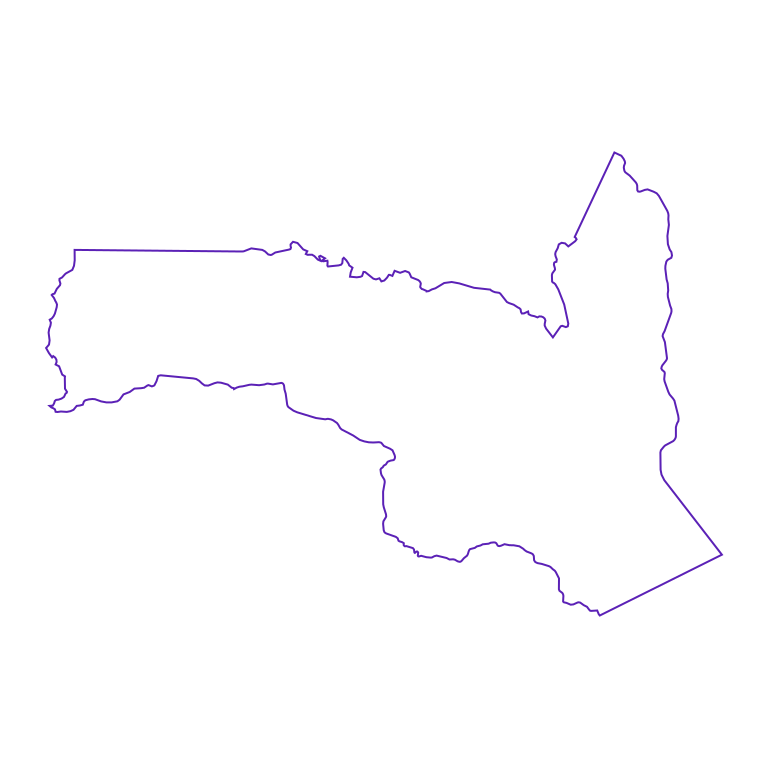 an SVG outline of Sangha
{"feature_id": "COG-2880", "entity_name": "Sangha", "entity_type": "Region", "adm_level": 1, "iso_a3": "COG", "parent_name": "Republic of the Congo", "parent_adm1": "", "projection": "orthographic", "projection_center": [15.265, 1.384], "detail": "fine", "context": "isolated", "style": "outline", "palette": "violet", "viewbox_px": 768, "rotation_deg": 0, "n_neighbors": 0, "source": "natural_earth", "source_scale": "10m", "svg_char_len": 6055}
<svg xmlns="http://www.w3.org/2000/svg" viewBox="0 0 768 768"><path d="M52.1,357.4L48.9,353.0L46.1,348.0L49.0,344.6L49.6,340.4L48.6,332.6L49.2,328.9L50.4,325.7L50.9,322.7L49.7,319.7L51.8,318.5L53.6,316.2L54.9,313.6L56.7,307.2L57.0,304.5L56.2,302.4L55.4,301.1L54.0,298.0L51.7,295.0L52.5,294.2L54.5,293.6L56.8,288.9L60.0,285.2L60.4,283.5L59.4,280.3L59.5,278.8L62.0,277.5L65.1,274.1L66.1,273.3L72.3,269.9L74.0,265.8L74.7,260.3L74.6,249.9L242.2,251.5L243.8,251.3L251.3,248.4L262.3,249.9L265.0,251.4L268.3,254.5L270.8,255.0L271.8,254.7L275.3,252.5L288.9,249.6L290.4,249.1L291.0,247.6L290.6,246.0L290.6,244.4L293.0,241.8L297.5,243.0L303.2,249.4L307.3,251.2L305.8,254.0L307.5,254.8L312.0,254.7L314.4,256.1L317.8,259.6L320.3,260.7L319.1,256.5L320.4,255.8L325.0,258.3L322.6,260.2L321.5,260.7L323.2,261.3L327.4,260.7L327.6,261.9L327.4,265.7L328.0,266.5L338.6,265.4L341.1,264.7L342.3,263.1L342.7,258.9L343.8,257.8L346.3,260.3L348.6,263.7L349.2,265.4L352.5,267.7L350.7,272.5L350.0,276.7L356.8,277.3L360.5,276.8L362.1,276.0L363.5,271.9L365.2,272.1L373.4,278.7L376.0,279.4L379.4,278.3L381.4,281.4L384.3,280.5L387.0,277.7L388.8,274.9L389.8,274.9L392.4,275.9L394.6,270.8L400.1,272.8L405.1,271.0L408.8,272.4L409.6,273.5L411.3,277.3L418.1,280.0L419.4,281.0L420.4,282.4L420.8,283.6L420.2,286.9L420.5,287.6L421.8,289.0L422.7,289.2L426.7,291.0L426.7,291.4L428.7,291.1L431.9,289.4L435.4,288.3L444.2,283.0L451.7,282.0L459.3,283.4L474.0,287.8L490.3,289.6L491.1,290.4L492.9,291.4L495.0,292.2L499.1,292.8L500.3,293.6L506.9,302.0L509.1,303.1L513.7,304.7L517.8,307.4L519.4,308.2L520.6,309.4L521.0,312.0L521.9,313.5L524.0,313.4L528.1,311.5L528.6,314.2L531.2,315.5L534.5,316.2L537.5,317.4L539.3,316.4L541.4,316.5L543.3,317.3L544.7,318.6L545.4,320.5L544.7,323.9L544.7,325.6L546.1,328.6L552.9,337.4L560.7,326.3L562.2,325.8L565.9,327.1L567.8,326.3L568.3,323.6L564.2,304.5L558.3,289.4L555.3,284.2L553.8,282.9L552.7,282.4L552.1,281.5L551.9,275.1L552.3,273.4L555.0,269.7L554.9,268.2L553.9,264.8L554.1,263.0L554.6,262.3L556.4,261.8L556.8,259.4L555.6,256.3L555.2,254.1L555.6,252.1L557.7,248.2L558.8,244.4L561.6,242.8L565.1,243.4L568.3,246.4L575.2,241.2L576.6,239.3L575.7,237.8L574.7,237.0L614.4,152.5L621.4,155.8L623.6,158.8L624.8,161.3L625.1,163.0L624.0,165.9L623.8,167.8L624.4,170.8L625.3,172.3L629.7,175.6L635.9,182.5L636.8,184.1L637.2,185.6L637.3,190.2L638.1,191.5L639.5,191.7L640.6,191.5L644.8,189.9L647.6,189.4L653.6,191.7L656.7,193.3L658.9,195.9L667.3,210.9L668.2,213.3L668.5,215.3L668.3,219.4L668.9,224.9L667.4,236.0L667.9,244.2L669.7,249.5L671.4,252.1L672.0,255.5L671.3,257.8L668.0,259.6L667.0,260.6L666.3,261.7L665.4,265.9L665.3,268.7L666.6,279.4L667.7,283.3L668.2,290.5L667.7,293.9L667.9,296.9L670.1,305.6L671.4,309.0L671.5,311.3L671.2,312.9L664.6,331.1L663.0,334.1L662.6,336.1L664.9,342.1L667.0,358.2L666.7,359.5L665.9,360.8L662.3,365.4L661.7,366.7L661.3,368.4L662.0,369.8L664.4,371.9L664.8,373.1L664.2,379.1L664.6,381.4L668.3,391.8L669.6,394.5L673.0,398.5L674.4,400.6L678.2,415.7L678.6,418.9L678.3,421.3L677.4,422.7L676.6,424.7L675.9,427.2L675.9,436.2L675.7,437.5L675.1,438.8L674.3,440.0L673.2,441.1L665.2,445.4L663.9,446.6L660.9,450.3L660.4,452.5L660.6,469.8L661.5,474.6L664.3,480.2L721.9,554.7L599.8,615.5L598.8,614.3L597.2,610.5L591.2,610.9L590.1,610.7L589.0,609.5L587.0,606.8L583.8,605.2L580.2,602.6L578.6,602.3L577.6,602.5L573.4,604.4L570.7,604.7L566.5,602.9L563.9,602.3L563.3,601.8L563.1,601.4L563.4,595.9L563.1,594.3L562.3,592.9L559.5,590.8L558.9,589.3L559.0,578.4L555.8,572.1L554.8,570.7L552.8,569.2L550.4,566.9L548.8,566.1L541.7,563.9L537.5,563.1L535.6,562.2L535.0,561.7L534.1,560.2L533.8,556.0L533.0,554.5L532.4,553.9L530.8,553.1L526.6,551.5L524.5,550.0L523.3,548.8L519.4,546.3L513.8,545.3L509.5,545.2L504.5,544.2L501.3,545.6L499.6,546.1L498.5,546.0L497.7,545.6L496.3,543.2L495.1,542.5L493.7,542.4L490.8,542.7L488.6,543.7L482.7,544.3L480.5,545.5L476.9,546.4L474.8,547.9L470.1,549.1L469.4,549.8L468.7,551.3L467.9,554.0L467.1,555.6L463.9,558.2L461.5,561.0L460.5,561.7L459.4,561.8L457.6,561.3L454.9,559.7L453.1,559.3L449.5,559.5L446.6,558.0L436.6,555.6L434.3,556.2L431.9,557.5L430.7,557.6L426.4,557.2L421.1,555.8L418.9,556.5L418.2,556.3L417.8,555.7L418.2,552.7L417.9,552.1L417.3,551.5L416.6,551.5L414.9,552.9L414.4,552.5L414.0,549.5L412.9,548.1L406.4,546.1L404.9,546.3L404.1,545.7L403.7,545.1L403.8,543.2L402.2,542.2L399.4,541.3L398.5,540.7L397.7,538.3L395.9,536.9L386.1,533.4L385.0,532.7L384.3,531.9L383.7,530.1L383.1,523.8L383.4,521.3L385.9,517.2L386.2,516.3L386.0,514.3L383.8,507.3L383.2,504.3L383.1,491.7L384.7,482.6L384.7,481.2L384.3,479.6L381.6,475.2L381.0,473.4L380.5,469.6L381.1,468.5L382.8,467.2L383.7,465.7L385.9,464.4L387.4,462.1L388.0,461.6L390.6,460.6L393.5,460.1L394.2,459.6L394.9,458.0L395.0,456.7L394.6,455.1L392.5,450.3L390.0,448.7L383.9,446.0L381.3,442.8L380.1,442.4L378.9,442.2L373.3,442.5L368.8,442.3L364.3,441.4L359.8,439.9L353.2,435.5L341.7,429.5L340.2,428.1L338.2,424.6L337.0,423.0L333.1,420.3L331.0,419.4L327.9,418.8L325.2,419.3L315.9,418.0L297.2,412.3L293.5,410.7L288.4,407.1L287.6,405.9L287.2,404.7L285.7,393.7L284.5,389.6L284.0,385.3L283.1,383.7L282.2,383.1L281.3,382.9L272.9,384.4L267.9,383.6L266.8,383.7L264.4,384.5L259.1,385.2L251.5,384.6L249.4,384.8L242.8,386.3L239.5,386.7L236.7,387.6L234.0,389.1L233.7,388.1L231.7,387.7L227.8,384.6L221.0,382.7L217.5,382.4L214.4,383.2L208.2,385.6L204.6,385.4L201.9,383.4L199.3,380.9L196.2,379.0L193.2,378.4L160.7,375.3L158.2,375.9L156.5,381.2L154.4,385.3L153.8,385.7L151.9,386.4L148.5,385.1L147.4,385.5L144.2,387.7L141.0,388.2L134.4,388.6L129.7,392.0L123.5,394.4L119.6,399.7L117.4,401.3L111.6,402.4L106.4,402.4L101.1,401.4L95.0,399.2L92.4,399.0L88.7,399.4L85.3,400.3L83.9,401.6L82.8,404.7L79.9,405.5L76.7,405.9L73.5,409.8L70.4,411.2L66.8,411.9L60.9,411.5L57.4,412.0L55.6,411.8L55.0,409.4L53.4,408.3L51.3,407.4L49.6,405.9L52.8,405.6L54.1,403.4L54.8,401.0L56.1,399.9L58.6,399.6L61.5,398.6L64.0,396.9L65.6,393.5L66.6,392.9L67.0,391.9L65.0,388.7L64.8,377.8L65.0,376.4L62.2,374.6L59.1,366.3L55.6,364.5L56.6,362.0L56.4,359.7L55.2,357.6L53.2,356.1L52.1,357.4Z" fill="none" stroke="#5b21b6" stroke-width="2"/></svg>